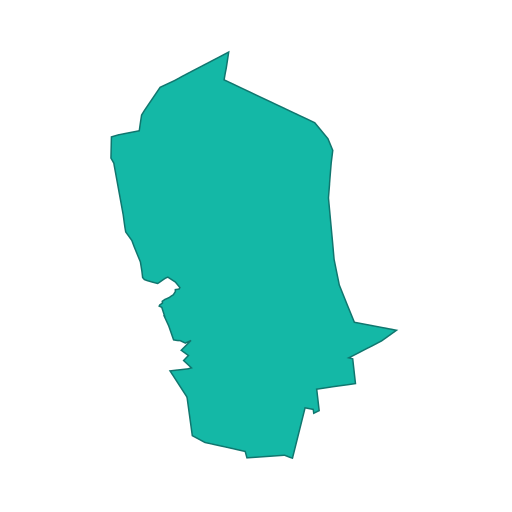 the district of General Zaragoza, Nuevo León, Mexico, rotated 259°
{"feature_id": "50627088B50293210401626", "entity_name": "General Zaragoza", "entity_type": "district", "adm_level": 2, "iso_a3": "MEX", "parent_name": "Mexico", "parent_adm1": "Nuevo León", "projection": "mercator", "projection_center": [-99.779, 23.881], "detail": "fine", "context": "isolated", "style": "filled", "palette": "teal", "viewbox_px": 512, "rotation_deg": 259, "n_neighbors": 0, "source": "geoboundaries", "source_scale": "gbopen_adm2", "svg_char_len": 1890}
<svg xmlns="http://www.w3.org/2000/svg" viewBox="0 0 512 512"><g transform="rotate(259 256 256)"><path d="M316.0,342.8L333.1,347.6L345.0,351.5L357.4,349.0L375.6,339.1L391.3,317.7L413.4,287.6L435.0,258.3L441.1,260.6L446.0,262.6L453.8,265.4L461.4,268.1L454.2,244.0L454.1,243.6L450.8,232.5L450.4,231.2L450.3,230.9L450.2,230.4L446.6,218.4L443.8,209.7L439.9,194.1L420.2,174.3L416.2,170.6L410.1,168.4L401.2,165.3L401.2,160.3L401.2,144.4L400.5,136.8L379.8,132.3L379.2,132.5L374.1,134.2L372.6,134.1L321.7,133.5L313.1,133.0L308.9,132.8L304.5,132.7L294.9,137.1L288.8,138.1L280.2,139.8L272.3,141.4L262.9,141.1L256.5,140.6L254.2,141.9L252.6,144.5L250.1,149.4L247.8,154.2L248.6,156.2L250.4,160.2L251.5,162.8L252.1,165.4L245.8,171.9L239.5,175.3L238.2,174.1L238.4,170.4L236.4,170.0L233.7,167.4L232.6,164.6L231.9,163.2L231.1,160.0L230.8,158.4L229.4,155.3L227.6,155.2L226.4,152.3L225.3,151.4L223.6,153.7L214.5,154.8L214.6,154.4L213.0,154.8L204.0,157.0L189.4,159.1L188.0,162.8L187.4,165.4L184.0,170.0L185.5,176.1L177.7,164.6L171.2,170.7L169.5,168.2L167.2,165.0L158.5,171.3L158.2,167.6L159.0,157.6L159.1,156.7L159.6,149.7L157.2,150.7L156.3,151.0L155.7,151.3L131.0,161.2L129.8,161.3L129.7,161.3L129.3,161.3L118.6,160.7L91.8,159.2L82.7,170.3L76.1,185.5L75.7,186.5L66.2,208.1L59.6,208.6L58.6,216.6L55.0,246.0L53.6,248.2L52.0,250.7L50.6,253.2L50.8,253.3L51.3,253.6L51.7,253.7L52.5,254.1L54.2,254.9L56.1,255.8L97.6,275.2L94.5,282.9L90.6,282.7L92.2,288.5L112.8,290.1L113.7,290.1L113.4,296.7L113.0,306.8L112.7,312.3L112.1,322.4L111.8,329.3L136.6,331.3L138.3,327.7L138.4,328.2L138.5,328.2L138.5,328.3L143.6,345.6L143.7,346.0L144.4,348.3L144.5,348.9L148.7,363.1L156.3,379.7L171.7,341.1L172.2,339.9L185.8,337.2L190.8,336.2L211.7,332.2L214.5,332.2L223.9,332.1L237.8,332.0L254.1,333.7L280.2,336.3L299.2,338.2L312.1,341.8L312.7,341.9L315.9,342.8L316.0,342.8Z" fill="#14b8a6" stroke="#0f766e" stroke-width="1.5"/></g></svg>